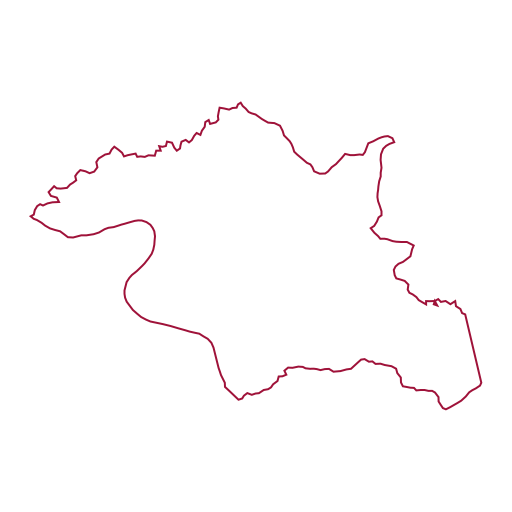 the district of Ibitinga, São Paulo, Brazil
{"feature_id": "56859067B39469666412393", "entity_name": "Ibitinga", "entity_type": "district", "adm_level": 2, "iso_a3": "BRA", "parent_name": "Brazil", "parent_adm1": "São Paulo", "projection": "mercator", "projection_center": [-48.852, -21.791], "detail": "fine", "context": "isolated", "style": "outline", "palette": "rose", "viewbox_px": 512, "rotation_deg": 0, "n_neighbors": 0, "source": "geoboundaries", "source_scale": "gbopen_adm2", "svg_char_len": 4033}
<svg xmlns="http://www.w3.org/2000/svg" viewBox="0 0 512 512"><path d="M445.9,409.3L450.1,407.2L454.1,404.9L457.1,403.2L461.2,400.7L465.8,396.5L469.2,392.3L472.3,390.2L475.8,388.4L480.0,385.6L481.3,382.7L465.2,314.4L462.1,313.1L460.4,309.0L456.0,306.2L455.2,301.1L450.4,304.2L445.6,301.0L440.9,301.9L438.2,299.1L434.8,301.0L429.6,301.2L426.1,301.1L426.1,304.4L422.6,302.4L418.7,300.1L416.4,297.1L412.7,294.4L409.4,292.8L407.7,289.6L408.4,284.6L404.7,280.9L400.3,279.5L396.3,278.4L394.7,275.2L393.8,269.9L395.5,266.5L398.5,263.8L403.0,261.9L410.4,256.3L411.3,252.6L412.1,249.3L413.7,245.5L406.9,242.0L401.2,242.0L396.1,241.7L392.6,241.1L387.3,239.2L384.2,238.7L380.3,238.8L378.1,236.1L374.4,232.8L370.7,228.2L374.2,225.9L376.9,221.6L378.6,217.4L381.5,215.3L381.5,211.3L379.8,206.0L378.1,201.3L377.4,197.1L377.6,193.2L378.1,190.0L378.4,186.4L379.2,181.2L380.7,176.5L380.7,172.7L381.5,167.8L381.1,164.2L380.6,159.9L381.0,154.3L383.2,148.7L386.2,145.8L389.5,143.9L394.2,142.2L392.4,138.2L387.9,136.1L384.4,136.5L381.5,137.3L378.4,138.5L373.2,141.3L368.3,143.3L364.9,152.2L362.8,154.9L359.6,154.5L354.4,155.1L350.1,155.1L345.1,153.9L341.7,158.0L338.5,161.4L336.0,164.1L331.7,167.2L328.0,171.5L325.2,173.5L319.7,173.7L314.1,171.3L312.4,167.2L310.4,164.4L306.9,162.8L303.3,159.7L297.1,154.5L294.2,151.7L292.9,147.4L291.4,143.9L289.7,141.2L286.5,137.9L284.0,135.4L282.6,130.8L280.0,125.7L274.4,123.1L268.1,122.6L264.4,120.5L261.7,118.9L258.4,116.5L255.6,114.5L251.5,113.3L248.6,112.0L245.7,108.6L242.8,106.1L240.7,102.7L238.0,104.4L236.6,107.7L232.5,108.0L229.1,109.6L223.8,108.4L219.6,107.7L218.7,111.9L217.9,116.3L218.4,119.7L215.8,122.4L210.1,123.9L208.7,120.0L205.3,122.1L204.7,126.8L201.9,130.7L200.4,134.9L196.6,133.0L194.2,135.8L191.8,140.1L189.0,142.4L185.7,139.9L181.5,141.7L180.5,145.3L180.0,148.5L176.8,150.7L174.3,147.7L172.0,142.7L167.0,141.6L165.9,146.0L162.5,146.8L159.2,146.2L160.7,150.7L156.2,150.7L154.8,155.7L148.5,155.3L144.8,156.9L140.7,156.4L137.2,156.8L135.6,153.6L131.0,154.5L127.7,155.2L124.0,156.4L122.1,152.8L118.4,149.7L114.3,146.7L111.6,149.6L109.5,153.6L105.2,154.5L98.7,158.5L96.3,162.1L97.4,167.3L94.2,171.6L89.6,173.2L85.5,171.3L80.3,170.1L77.2,173.2L75.2,176.1L76.2,180.3L72.9,182.8L70.1,184.5L67.0,187.9L60.7,188.6L56.7,188.3L54.1,186.2L50.9,189.7L48.6,192.1L50.9,195.9L56.8,197.6L59.0,202.0L52.5,202.3L47.5,203.4L43.0,205.5L40.1,204.2L37.2,206.1L34.8,210.1L33.8,214.6L30.7,216.3L33.7,218.8L36.9,220.0L41.6,222.8L45.1,225.6L50.0,228.4L55.1,230.0L60.1,231.3L64.0,234.2L67.9,237.2L73.1,237.5L81.4,235.3L86.6,235.3L93.7,234.2L99.0,232.5L104.6,229.2L108.4,227.8L113.7,227.1L118.4,225.6L121.4,224.6L124.5,223.8L129.6,222.3L134.6,220.9L138.2,220.4L141.8,220.5L146.5,222.1L150.4,224.8L152.7,228.0L154.3,231.3L155.0,236.3L154.6,240.5L154.3,244.8L153.3,249.6L151.7,253.8L148.6,258.3L144.6,263.4L142.2,265.9L136.8,271.1L131.9,275.0L129.4,277.8L126.6,282.1L124.5,290.4L124.5,293.9L125.1,297.7L126.7,301.7L132.9,310.0L136.9,313.5L141.1,317.0L146.0,319.6L150.4,321.5L162.8,324.1L170.5,326.0L178.6,328.4L185.4,330.3L189.7,331.6L195.0,332.8L199.3,333.7L203.5,336.4L207.7,338.8L211.4,342.8L213.5,347.6L218.6,368.0L219.8,371.4L221.0,375.1L224.8,382.7L225.0,386.9L229.5,391.1L238.5,399.7L242.2,398.5L243.9,395.7L247.3,393.1L251.8,394.8L255.6,393.5L258.9,393.2L263.7,390.0L268.1,389.2L271.0,387.4L273.1,384.3L277.5,381.0L278.7,376.5L282.4,376.3L286.3,374.7L284.4,370.7L288.1,367.6L292.5,367.8L298.4,366.6L302.8,366.9L305.5,368.3L310.0,368.8L313.7,368.7L316.8,369.1L320.5,370.1L324.8,369.1L329.0,368.9L333.5,371.7L336.8,371.4L340.4,371.1L346.6,369.4L351.0,368.8L353.6,366.4L355.9,364.3L358.4,362.0L361.1,359.6L364.6,359.1L368.9,361.7L372.4,361.4L375.5,363.9L380.5,363.7L384.7,365.0L391.5,366.2L396.1,368.7L397.3,373.1L400.8,377.5L401.0,382.5L402.9,386.3L406.3,386.9L410.4,387.7L414.0,387.9L416.3,390.4L420.7,390.0L424.6,390.0L428.6,390.9L432.2,390.9L435.0,392.5L438.5,397.1L438.6,401.5L440.7,404.8L442.9,408.1L445.9,409.3ZM434.8,301.0L437.2,305.5L433.8,304.3L434.8,301.0Z" fill="none" stroke="#9f1239" stroke-width="2"/></svg>